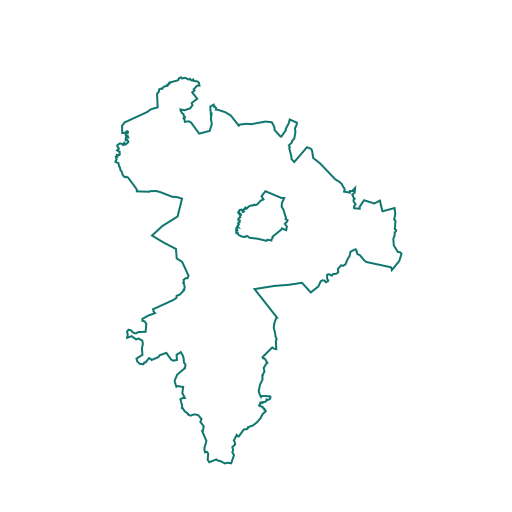 Priekules pag., Priekules, Latvia, rotated 164°
{"feature_id": "27541924B37893488453851", "entity_name": "Priekules pag.", "entity_type": "district", "adm_level": 2, "iso_a3": "LVA", "parent_name": "Latvia", "parent_adm1": "Priekules", "projection": "mercator", "projection_center": [21.629, 56.464], "detail": "fine", "context": "isolated", "style": "outline", "palette": "teal", "viewbox_px": 512, "rotation_deg": 164, "n_neighbors": 0, "source": "geoboundaries", "source_scale": "gbopen_adm2", "svg_char_len": 6136}
<svg xmlns="http://www.w3.org/2000/svg" viewBox="0 0 512 512"><g transform="rotate(164 256 256)"><path d="M365.1,385.0L362.6,383.3L362.9,379.8L362.4,378.8L362.6,375.7L361.9,374.4L361.8,370.5L360.8,368.5L359.9,367.7L359.1,368.0L357.5,366.9L353.1,355.4L352.2,352.2L352.8,351.0L340.9,347.2L339.8,347.5L333.9,345.9L330.1,343.6L320.5,336.2L315.4,334.2L311.3,331.5L320.5,315.6L337.8,310.6L350.3,304.3L340.9,294.2L331.0,284.8L332.9,275.5L328.6,270.7L326.3,255.6L328.0,253.5L329.5,254.1L332.2,253.0L332.6,250.4L333.4,250.1L332.9,248.3L333.2,245.4L334.1,243.8L334.9,243.6L334.7,242.9L339.9,239.9L343.3,239.6L344.0,237.7L347.1,236.6L369.6,233.2L369.7,230.9L368.8,228.9L376.2,228.4L382.5,226.9L383.1,225.1L381.1,223.8L380.1,221.0L383.0,213.6L390.0,215.3L392.9,214.7L395.2,216.2L396.6,218.9L398.9,220.3L400.8,218.8L401.0,215.6L402.4,212.9L397.6,213.2L394.3,208.9L391.8,209.1L388.6,206.0L389.0,202.6L391.1,198.8L392.4,192.3L399.2,190.3L399.2,187.3L397.5,184.4L394.1,183.0L392.7,184.4L391.4,184.1L387.0,187.3L385.2,185.6L385.0,184.8L377.8,185.7L375.7,187.2L368.9,187.6L366.1,179.8L364.2,178.1L360.6,177.9L359.6,182.9L354.8,184.3L354.0,181.5L353.7,178.2L354.6,173.3L353.8,171.6L354.1,169.7L355.3,168.3L355.2,167.8L364.4,163.7L368.3,159.0L368.8,157.6L368.6,152.3L367.4,152.6L362.1,150.2L364.6,144.6L363.5,139.2L365.8,139.7L368.2,139.1L368.2,133.0L369.1,130.2L368.4,130.0L367.4,126.4L364.9,123.3L365.1,122.4L362.9,120.6L359.1,120.8L355.6,119.2L353.3,114.3L355.2,112.0L353.2,106.5L355.4,102.4L356.1,102.5L354.6,92.0L358.5,85.7L359.1,83.3L359.1,81.3L357.3,81.4L356.4,79.3L358.6,73.4L357.8,70.6L350.3,71.4L348.9,69.7L346.6,68.5L342.9,65.1L340.8,65.2L337.0,63.6L332.0,70.7L332.9,73.7L331.5,75.7L331.4,78.9L328.1,80.5L327.7,83.4L328.2,84.7L323.8,89.3L323.1,87.5L322.2,87.3L315.6,92.6L312.3,92.1L311.3,92.7L311.1,93.6L305.9,93.9L301.0,95.8L296.3,98.9L293.1,102.3L289.5,104.0L289.4,105.0L290.4,105.8L290.0,106.9L291.5,108.5L291.4,109.3L294.1,111.0L294.1,111.8L293.3,112.0L292.1,113.9L290.4,112.9L290.1,113.2L290.3,113.7L287.3,113.3L285.9,114.0L285.4,115.2L284.3,114.4L282.4,114.6L280.9,116.3L281.0,117.1L285.8,118.9L289.8,119.9L290.1,119.4L290.6,122.1L290.6,125.6L287.7,131.0L283.6,135.8L283.3,137.9L282.5,139.1L282.8,139.6L279.7,142.6L279.5,146.2L275.6,149.9L274.6,150.0L275.8,154.9L277.4,155.7L277.6,157.0L265.6,163.6L264.4,162.1L262.2,160.9L260.3,169.0L259.1,170.3L259.4,173.1L258.8,177.4L258.8,181.9L257.1,186.0L253.8,190.6L252.7,190.8L266.5,224.6L246.8,222.2L232.0,219.2L219.2,217.6L213.4,205.9L204.5,209.5L200.7,213.9L198.7,214.3L196.8,213.3L196.0,211.5L193.7,212.0L193.3,212.6L193.9,214.6L192.8,218.3L192.3,218.5L190.7,218.3L188.5,216.2L186.7,217.5L184.4,216.8L182.1,217.2L181.3,218.1L180.8,221.0L176.8,223.6L175.2,222.6L172.3,223.3L168.4,228.2L166.2,230.0L164.0,234.0L159.9,234.9L158.4,235.0L157.8,232.8L158.2,232.2L157.9,229.9L155.9,228.1L153.1,221.9L151.6,219.8L129.6,208.1L129.2,207.6L129.3,205.0L119.7,211.7L115.5,218.0L116.6,220.0L118.5,220.8L120.6,228.1L119.3,234.6L117.0,237.7L116.2,240.3L114.4,241.4L114.3,242.5L115.2,243.6L112.2,251.4L113.1,253.1L110.5,258.0L109.6,263.9L122.0,264.1L122.2,264.4L121.6,275.1L127.8,273.9L136.8,279.8L142.7,274.8L143.3,272.8L148.5,274.9L148.1,276.7L146.0,278.3L147.1,281.5L146.8,283.0L145.4,283.9L146.0,284.7L146.5,288.5L143.8,289.6L142.0,294.1L144.7,292.5L144.9,291.7L147.9,292.6L148.3,291.0L153.6,293.6L152.3,295.7L153.9,301.9L155.2,304.1L158.7,307.9L168.8,327.2L174.0,334.5L173.1,341.6L173.4,343.5L174.0,344.2L177.0,346.5L193.3,335.8L195.1,339.3L194.5,342.9L194.4,350.3L193.5,351.2L194.0,353.2L190.5,355.1L189.3,356.9L186.8,358.4L183.9,364.4L183.4,367.9L181.0,370.6L179.9,372.9L186.0,377.9L187.7,374.8L192.4,370.0L192.5,368.8L198.7,363.8L199.5,364.0L203.5,372.2L202.9,374.0L203.0,376.0L204.0,380.3L209.8,382.6L224.1,384.0L228.7,385.7L235.4,386.8L236.6,386.0L241.5,398.0L245.9,402.7L252.4,407.1L254.3,407.8L253.6,409.3L254.6,411.2L255.1,411.1L255.0,413.1L258.8,412.2L260.5,404.0L259.8,404.3L261.5,400.5L262.1,395.1L266.0,389.0L276.9,389.3L281.6,402.2L283.3,403.9L287.4,404.6L287.1,406.8L287.7,408.3L286.4,408.6L285.9,409.3L286.8,410.2L286.6,412.3L287.6,413.5L288.4,416.3L288.2,417.7L284.6,415.8L278.7,416.1L275.5,418.4L275.7,420.8L269.2,423.3L272.2,430.9L269.5,432.0L270.0,433.4L265.6,436.0L263.4,435.3L263.1,438.2L264.1,439.9L267.9,441.6L267.7,442.9L269.6,442.5L270.7,444.5L272.0,444.1L275.0,446.8L278.1,447.0L278.8,448.4L281.3,448.0L281.9,446.8L283.1,446.4L290.6,446.5L291.2,445.9L291.5,446.5L292.0,446.2L292.0,445.5L294.1,445.0L293.8,444.3L294.3,444.0L297.9,444.2L300.3,442.5L300.7,443.1L303.2,442.9L304.0,440.8L306.4,439.2L309.6,426.0L316.6,426.0L320.9,424.4L345.6,420.6L348.9,418.0L350.7,411.0L347.3,410.6L345.6,411.6L344.8,410.5L345.3,409.6L347.3,409.8L348.0,408.8L347.8,406.7L347.0,407.4L346.3,407.2L346.1,405.1L348.3,405.5L348.9,404.9L349.3,403.1L348.0,403.1L347.3,402.0L347.3,400.7L350.5,399.2L351.2,400.3L351.8,399.4L352.5,399.7L352.4,400.3L353.3,399.4L353.8,400.6L355.8,401.8L358.6,400.8L359.2,399.8L358.4,398.1L358.3,396.8L360.4,395.8L358.3,393.7L358.9,392.4L358.9,391.2L359.7,390.7L362.0,391.6L362.3,390.8L361.7,389.9L361.9,389.6L363.4,389.8L363.3,387.4L365.0,385.7L365.1,385.0ZM229.1,315.7L215.9,305.0L212.9,303.9L216.4,300.0L217.8,296.2L216.9,293.5L216.7,284.2L217.4,283.3L215.8,281.7L216.6,280.5L219.4,279.0L218.2,275.8L219.9,272.5L223.5,275.4L224.0,274.6L234.9,269.9L235.0,268.8L236.7,267.6L237.0,266.7L240.7,268.5L241.8,267.7L249.6,272.1L257.3,275.4L258.8,277.5L260.8,277.8L261.4,277.3L263.7,278.2L266.5,280.6L267.6,282.4L267.3,283.2L268.6,283.5L268.2,284.9L267.0,285.6L267.9,286.3L266.9,287.1L267.4,288.0L266.1,289.2L265.2,288.6L265.7,289.8L263.9,290.9L264.2,291.5L263.8,292.0L264.1,292.5L262.5,292.9L262.6,294.1L261.9,294.5L263.1,295.6L262.5,296.9L260.6,297.4L260.5,298.6L259.2,299.5L259.9,300.2L259.5,300.6L260.0,300.9L260.0,301.8L260.9,301.6L261.2,302.8L258.9,304.8L257.1,304.6L257.0,303.5L256.2,302.4L256.4,302.0L255.7,301.9L255.2,302.4L255.6,303.6L253.3,305.1L253.3,304.3L252.6,304.0L252.1,305.0L251.2,304.5L249.1,305.7L246.4,305.9L245.0,305.3L243.5,305.9L242.5,305.1L240.6,305.2L236.6,307.8L233.2,308.3L234.2,311.9L229.1,315.7Z" fill="none" stroke="#0f766e" stroke-width="2"/></g></svg>